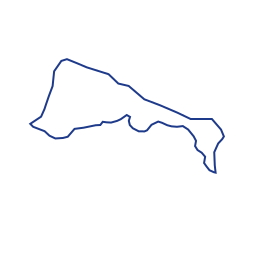 Mesa Geitonia, Limassol, Cyprus (Natural Earth projection), rotated 133°
{"feature_id": "46923920B41585698433240", "entity_name": "Mesa Geitonia", "entity_type": "district", "adm_level": 2, "iso_a3": "CYP", "parent_name": "Cyprus", "parent_adm1": "Limassol", "projection": "natural_earth1", "projection_center": [33.042, 34.71], "detail": "fine", "context": "isolated", "style": "outline", "palette": "blue", "viewbox_px": 256, "rotation_deg": 133, "n_neighbors": 0, "source": "geoboundaries", "source_scale": "gbopen_adm2", "svg_char_len": 968}
<svg xmlns="http://www.w3.org/2000/svg" viewBox="0 0 256 256"><g transform="rotate(133 128 128)"><path d="M65.7,58.9L64.2,72.8L78.7,88.3L83.1,102.3L89.5,120.0L95.9,135.7L96.8,156.2L102.1,165.4L101.9,178.9L111.8,199.6L115.3,209.2L119.3,219.6L124.4,222.5L136.9,220.7L148.8,211.7L158.5,207.7L167.9,203.5L171.1,202.0L179.0,199.3L189.4,201.8L191.6,202.3L191.8,198.2L189.4,192.2L187.2,186.8L187.2,180.2L185.2,174.0L179.7,168.8L175.5,166.1L165.1,166.5L158.1,160.7L148.0,153.5L144.7,150.3L140.7,150.7L138.5,147.6L135.6,144.1L130.2,140.8L126.5,139.3L119.4,137.8L118.5,134.1L122.2,132.3L124.6,128.7L124.9,124.3L123.1,117.9L119.2,113.6L116.7,112.5L109.6,113.0L102.7,110.3L101.0,106.7L99.2,101.2L97.1,97.3L93.7,93.0L89.2,89.2L88.1,83.0L89.3,74.3L91.0,69.5L95.5,66.6L96.7,62.1L95.8,57.3L96.4,52.0L101.7,48.5L102.6,44.2L103.3,39.6L101.8,35.1L100.9,33.5L96.2,39.0L86.9,48.4L77.8,51.5L74.0,51.5L71.9,51.5L68.8,52.1L65.7,58.9Z" fill="none" stroke="#1e3a8a" stroke-width="2"/></g></svg>